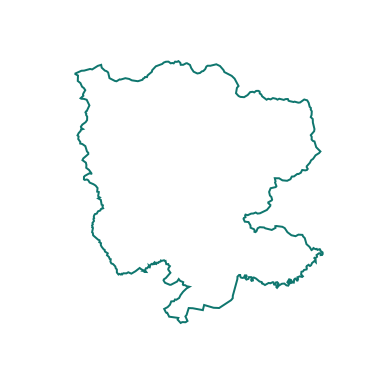 outline of Lampa, Puno, Peru, rotated 104°
{"feature_id": "86281439B39417167218696", "entity_name": "Lampa", "entity_type": "district", "adm_level": 2, "iso_a3": "PER", "parent_name": "Peru", "parent_adm1": "Puno", "projection": "orthographic", "projection_center": [-70.526, -15.382], "detail": "fine", "context": "isolated", "style": "outline", "palette": "teal", "viewbox_px": 384, "rotation_deg": 104, "n_neighbors": 0, "source": "geoboundaries", "source_scale": "gbopen_adm2", "svg_char_len": 5948}
<svg xmlns="http://www.w3.org/2000/svg" viewBox="0 0 384 384"><g transform="rotate(104 192 192)"><path d="M230.2,54.9L227.7,55.7L226.0,58.0L226.5,56.3L224.6,55.0L223.1,55.9L220.7,53.9L220.4,52.5L222.1,51.9L221.6,50.5L220.5,50.2L219.0,50.7L217.9,53.3L216.7,53.8L216.6,54.3L217.8,56.3L217.0,57.2L217.6,58.4L217.0,60.6L218.5,61.1L219.4,62.0L216.8,64.7L214.9,68.3L209.5,71.4L208.2,73.5L206.9,74.5L207.6,78.4L209.8,80.8L209.9,85.1L207.9,89.7L204.6,93.3L203.9,95.9L204.6,102.0L205.0,102.9L206.6,102.3L209.5,105.4L209.5,112.1L209.0,113.5L209.7,117.7L211.3,119.5L214.6,120.0L215.6,120.8L215.5,121.8L213.9,122.1L213.1,122.9L212.5,126.5L210.3,127.2L207.5,129.9L208.0,133.6L205.6,135.5L204.7,135.4L203.5,134.0L201.9,134.8L201.0,134.6L201.0,132.3L198.6,129.3L198.1,127.4L196.5,125.2L197.1,123.2L196.2,120.9L191.3,115.0L186.6,112.7L185.6,112.8L184.4,115.2L183.6,115.5L180.8,112.6L180.1,112.4L177.6,113.8L176.6,115.5L173.3,117.2L169.3,116.6L167.0,112.0L165.9,111.5L162.7,113.7L161.5,113.5L158.6,115.0L157.6,110.8L158.8,107.1L158.1,102.4L155.8,99.6L152.9,98.9L152.2,96.8L149.0,94.2L148.8,93.0L147.0,91.1L144.0,90.4L143.6,87.2L142.8,85.8L141.6,85.3L140.2,86.7L139.3,86.9L135.1,84.7L132.4,84.1L130.5,82.5L126.5,81.0L123.5,78.1L121.6,77.2L118.5,82.3L113.3,85.4L113.2,87.0L112.2,88.6L109.5,89.2L108.1,90.5L103.5,88.2L101.3,88.4L95.4,91.5L92.0,92.5L90.6,94.9L88.4,94.6L84.7,95.3L83.3,96.7L81.7,97.0L80.9,98.4L77.2,100.4L75.2,102.4L75.1,105.5L79.0,108.8L79.6,110.5L79.5,114.3L80.1,115.2L80.2,119.8L80.0,120.5L78.7,121.3L78.7,122.0L79.3,123.8L80.4,125.2L80.4,129.9L81.7,131.4L81.2,133.1L81.3,136.2L83.1,138.1L83.1,140.6L84.4,142.0L82.2,147.1L80.6,148.4L80.0,150.1L78.2,150.7L77.8,152.1L78.4,154.2L80.3,155.7L80.1,157.4L81.0,159.7L84.5,161.5L87.4,164.4L88.0,168.0L87.6,170.0L85.5,173.2L80.1,173.6L77.9,172.5L71.7,178.1L69.7,181.6L67.8,189.6L66.1,190.9L63.0,195.3L62.2,199.3L65.1,204.8L65.7,207.4L66.8,208.4L69.6,208.9L71.9,210.3L72.6,211.6L74.6,213.1L75.7,215.5L74.9,219.5L72.0,222.7L69.2,224.7L68.3,227.9L68.5,228.8L70.7,231.3L71.3,233.7L69.5,234.6L68.3,236.8L69.4,238.1L69.6,239.9L71.6,240.9L71.6,242.4L72.3,243.8L71.2,246.3L71.9,248.8L73.3,250.8L74.9,251.8L78.8,257.5L83.5,260.1L85.0,260.0L89.6,263.3L91.4,263.5L91.8,265.4L93.0,265.8L93.7,266.8L95.1,267.2L97.6,271.3L98.2,277.4L97.5,280.3L97.7,284.2L100.2,288.5L100.2,289.4L102.8,292.0L102.9,293.6L101.5,299.6L96.3,302.3L95.4,304.2L95.3,305.9L93.2,309.7L90.6,310.9L92.4,313.9L97.2,318.5L97.3,320.7L100.3,326.0L101.1,328.6L105.2,333.8L105.8,333.7L106.6,330.8L111.9,329.7L113.3,326.6L116.4,324.2L117.3,322.1L119.0,320.2L122.8,321.3L124.0,321.3L124.9,320.7L128.0,322.8L128.3,322.0L127.8,319.5L128.0,316.5L132.8,312.5L138.9,313.7L139.6,314.5L140.7,314.6L141.4,313.6L142.8,313.4L144.3,311.9L147.6,311.2L150.0,312.1L153.1,314.7L155.5,315.6L156.6,315.0L157.3,313.0L158.4,314.8L159.8,314.9L162.2,316.2L164.8,316.8L165.5,315.5L168.1,315.2L170.5,312.5L172.0,312.2L172.0,310.0L173.3,306.6L178.1,303.7L179.0,302.2L180.3,301.8L185.7,305.6L187.6,306.0L189.2,302.1L191.3,301.0L194.1,300.5L195.5,297.3L198.2,294.1L198.6,294.1L198.8,296.2L202.3,299.9L203.4,300.5L205.9,299.9L206.2,299.0L205.3,297.0L205.7,295.5L207.6,293.6L208.3,289.4L209.1,287.1L211.0,284.6L214.6,284.1L214.6,282.4L218.5,282.1L219.3,281.4L219.6,280.2L220.9,281.5L221.7,278.6L226.2,276.6L226.5,275.2L228.3,275.2L229.3,274.3L230.7,276.3L232.1,276.5L233.5,278.5L236.0,279.2L237.0,280.9L238.5,281.3L240.0,281.3L241.1,280.6L242.1,281.1L243.8,280.1L246.2,281.1L247.4,280.4L248.6,280.9L249.8,280.1L250.4,280.3L250.9,279.4L255.2,279.2L255.8,278.3L258.0,277.4L261.0,271.5L261.2,270.1L262.1,269.6L263.1,269.8L263.7,267.9L265.5,267.7L267.0,266.4L269.1,263.7L269.2,262.8L270.8,262.1L271.9,258.9L273.9,259.2L275.1,256.9L276.9,255.6L276.9,254.6L279.3,254.3L280.8,253.0L281.1,251.0L282.8,248.4L284.5,247.5L285.3,246.2L288.3,245.4L289.8,243.4L289.1,242.8L289.3,241.2L288.5,240.6L288.9,239.9L287.5,239.0L286.8,235.9L285.3,234.4L285.9,231.1L282.6,227.7L278.4,224.4L279.3,222.4L279.8,219.8L280.4,220.4L280.3,219.3L281.1,218.8L280.7,217.0L279.2,218.7L277.1,218.2L276.9,217.2L275.5,216.5L275.4,215.3L273.9,216.0L274.6,214.8L272.8,214.8L271.5,213.7L271.7,212.8L270.4,212.0L271.2,211.5L270.9,210.8L270.0,211.5L269.2,211.2L270.3,209.2L269.0,208.8L268.9,207.5L267.8,207.1L267.2,205.8L266.0,205.6L266.2,204.8L265.0,202.6L265.6,201.5L265.3,201.0L268.2,199.5L267.7,197.6L268.6,197.1L269.3,195.5L271.8,196.4L273.0,196.3L275.6,193.4L281.7,196.5L283.6,198.2L284.7,198.2L286.6,196.2L287.4,191.1L287.1,190.0L282.5,184.8L279.7,183.8L281.1,182.0L281.6,178.7L284.0,178.5L284.4,177.9L284.1,176.1L284.7,174.3L284.6,171.6L286.8,173.9L290.9,176.5L294.9,178.2L297.9,178.8L300.4,181.2L300.4,182.5L302.3,183.0L303.2,185.7L306.7,186.1L309.6,187.8L312.2,190.7L315.0,188.3L315.5,187.5L315.2,186.8L318.5,184.0L317.5,174.8L319.3,175.1L321.8,171.3L320.6,170.0L319.9,166.7L318.2,165.2L314.3,168.3L312.6,167.5L305.4,167.1L304.6,163.1L304.0,152.9L298.7,152.9L299.1,143.1L298.0,137.6L287.5,127.9L285.3,126.8L282.8,127.3L265.6,126.9L263.1,127.4L261.1,126.2L260.9,125.2L262.6,124.5L263.2,123.7L263.1,121.9L262.5,121.0L260.1,120.5L259.8,119.1L260.7,118.5L262.9,119.3L263.8,118.0L262.6,116.2L260.8,116.1L260.3,114.0L260.9,113.3L263.2,113.3L263.8,112.7L263.1,111.5L260.5,112.5L260.0,111.3L260.5,109.0L262.5,104.8L262.5,102.6L263.3,101.9L264.6,102.1L263.6,101.5L264.6,98.7L261.7,95.6L261.6,93.9L259.9,91.7L260.0,91.0L261.9,90.0L261.9,89.0L259.4,88.6L258.9,87.5L259.8,86.1L263.2,87.2L263.9,87.1L264.4,86.3L261.8,85.1L259.3,82.6L258.5,80.3L259.7,77.8L259.6,76.0L258.4,75.6L257.6,75.9L256.5,77.6L253.2,76.6L253.3,75.2L255.7,75.8L256.9,74.9L256.3,73.9L255.1,74.4L254.0,74.2L255.5,72.2L255.3,71.3L252.2,71.7L251.1,71.0L250.9,70.5L252.5,68.8L252.4,68.2L250.9,68.0L249.2,69.0L247.8,67.1L247.8,64.6L247.0,64.0L245.5,66.2L242.9,66.5L242.2,65.1L240.5,64.4L239.4,62.1L238.2,62.1L237.0,62.9L236.0,62.7L234.4,61.2L235.2,60.0L235.1,59.4L234.1,58.7L232.0,58.4L229.3,56.5L230.2,54.9Z" fill="none" stroke="#0f766e" stroke-width="2"/></g></svg>